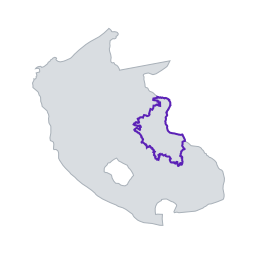 North West on a map of South Africa (orthographic projection), rotated 82°
{"feature_id": "ZAF-1201", "entity_name": "North West", "entity_type": "Province", "adm_level": 1, "iso_a3": "ZAF", "parent_name": "South Africa", "parent_adm1": "", "projection": "orthographic", "projection_center": [25.686, -26.361], "detail": "fine", "context": "in_parent", "style": "outline", "palette": "violet", "viewbox_px": 256, "rotation_deg": 82, "n_neighbors": 0, "source": "natural_earth", "source_scale": "10m", "svg_char_len": 8816}
<svg xmlns="http://www.w3.org/2000/svg" viewBox="0 0 256 256"><g transform="rotate(82 128 128)"><path d="M184.2,40.2L191.2,39.5L194.2,40.1L197.9,41.7L201.4,42.4L207.3,42.1L209.3,42.4L210.9,43.0L212.0,43.8L213.5,49.8L214.7,56.2L214.6,58.3L214.7,59.1L216.3,61.8L216.8,63.5L217.7,64.9L219.5,71.8L219.7,73.0L219.0,89.4L218.1,91.3L218.3,93.9L217.3,94.2L211.7,90.6L210.7,90.7L209.1,91.9L207.5,93.7L206.8,95.3L203.7,99.6L203.4,102.4L203.5,104.8L204.5,105.0L205.1,106.7L206.5,109.5L209.1,111.4L211.5,112.3L214.8,112.7L217.5,112.7L217.4,110.9L218.3,105.9L222.7,106.8L229.3,107.0L228.7,110.2L225.9,117.4L223.9,125.6L221.7,129.6L220.5,131.3L217.2,134.2L215.5,135.1L214.1,135.4L208.4,141.3L206.3,144.2L204.3,148.5L202.4,150.8L199.6,155.7L194.8,163.0L190.8,167.8L189.1,169.2L187.9,169.8L184.8,172.5L180.5,177.0L177.1,180.9L172.2,185.4L169.4,187.4L165.2,191.3L164.0,191.8L159.3,195.4L155.9,197.6L150.5,200.2L148.3,200.9L143.2,200.2L141.1,200.5L139.3,202.1L139.1,204.3L138.4,204.7L133.7,203.7L131.7,203.8L130.6,205.0L129.7,206.6L127.0,206.7L122.2,205.1L116.6,204.3L115.3,204.2L112.6,205.4L111.7,205.6L107.7,205.4L105.5,204.7L103.4,204.8L101.8,205.4L99.8,205.7L94.7,210.0L92.0,210.1L89.7,210.7L85.5,210.3L84.3,210.6L83.1,211.4L80.3,211.8L79.2,212.5L74.7,216.5L72.7,216.2L70.2,216.3L67.3,214.3L66.3,214.5L66.5,213.9L66.5,212.8L65.5,211.8L64.4,211.9L63.7,211.0L62.1,211.0L60.7,211.3L60.2,207.8L59.5,207.5L57.8,207.5L57.0,207.7L56.6,208.0L56.3,208.9L56.4,211.3L55.8,210.7L55.0,209.2L54.7,207.6L54.8,205.8L56.0,205.0L55.5,202.6L53.2,198.7L51.9,197.9L50.8,195.8L49.8,195.1L49.3,193.7L48.3,192.5L47.8,190.7L48.3,189.6L49.0,189.0L49.9,189.8L51.0,189.4L52.3,188.0L53.1,185.9L52.9,182.6L52.5,180.6L51.0,175.4L50.3,174.2L47.4,170.6L44.0,165.7L39.4,158.0L37.2,153.3L33.6,143.8L30.6,138.5L27.1,133.5L26.7,133.2L27.1,132.6L28.7,131.3L29.5,130.9L29.9,131.0L30.3,130.7L30.6,129.8L30.7,128.0L31.4,126.0L32.0,125.2L33.5,124.5L34.7,125.2L35.2,125.9L35.5,126.8L36.0,127.2L36.8,127.1L37.4,127.6L37.8,128.8L37.8,129.6L37.4,130.2L37.5,130.9L38.1,131.7L38.9,133.5L42.0,134.3L43.8,134.3L45.4,134.7L47.0,135.5L49.6,135.5L53.1,134.9L56.0,134.9L58.3,135.6L60.0,135.7L60.9,135.1L61.4,134.4L61.2,133.4L61.6,132.7L62.8,132.4L63.7,131.6L64.3,130.4L65.9,129.3L68.3,128.4L69.6,128.4L67.3,77.1L72.1,80.4L73.2,82.0L75.6,86.7L78.2,92.6L78.6,95.4L78.6,96.0L76.4,100.0L76.4,101.9L76.7,104.2L77.3,105.3L78.0,105.6L79.6,105.0L82.1,105.5L86.9,105.1L89.3,105.3L89.9,105.1L90.4,104.6L91.0,103.2L91.5,102.8L93.7,102.1L94.7,101.3L96.2,98.6L100.9,94.9L101.4,94.0L104.2,85.4L105.1,84.1L106.4,83.3L109.1,82.6L110.6,82.9L112.3,83.6L114.2,84.9L117.1,87.1L118.0,87.5L120.8,87.5L122.6,89.1L127.9,90.1L129.4,90.0L131.0,89.2L133.7,89.2L136.6,88.6L138.4,87.1L141.8,77.7L142.2,75.6L142.5,75.1L145.3,74.0L148.7,73.2L149.4,72.8L151.5,70.2L154.3,68.0L156.3,60.6L157.6,58.8L158.4,58.1L158.9,58.0L159.6,57.6L160.6,56.7L161.7,56.1L162.9,55.9L163.8,55.3L164.2,54.3L164.8,53.9L165.8,53.9L166.3,53.6L166.5,52.9L168.6,51.3L168.6,50.7L169.8,49.1L172.2,46.7L174.5,45.3L176.6,45.1L180.4,43.9L181.8,42.7L182.7,41.1L184.2,40.2ZM175.3,150.7L178.6,149.5L181.0,147.9L181.6,144.9L183.5,143.1L184.3,141.3L184.9,139.0L183.8,136.4L182.4,135.6L179.7,133.4L178.5,131.9L176.9,130.6L175.8,129.1L173.9,129.5L170.9,130.7L169.1,131.7L167.5,133.0L164.8,133.9L162.1,138.0L161.3,138.9L159.2,141.9L156.3,143.4L156.3,143.9L157.2,146.4L158.5,148.8L159.9,150.8L159.8,152.1L160.2,153.0L161.5,153.7L163.5,156.3L164.6,157.1L167.7,157.7L168.2,157.6L169.1,156.1L169.2,155.1L171.4,151.9L172.4,150.9L175.3,150.7Z" fill="#d9dde1" stroke="#a8b0b8" stroke-width="1"/><path d="M147.8,73.3L148.8,73.5L148.8,74.6L148.9,75.0L149.2,75.6L149.3,75.9L149.4,76.0L151.6,76.2L151.9,76.3L152.6,76.7L152.9,76.8L153.2,76.8L153.4,76.8L154.2,76.3L155.6,75.7L156.2,75.3L156.3,75.0L156.5,74.9L156.8,74.9L156.9,75.2L157.1,76.6L157.4,77.1L157.8,77.4L158.2,77.8L158.5,78.4L158.6,78.6L160.0,78.8L161.0,79.5L161.9,79.6L162.5,79.5L162.7,80.1L162.8,80.2L163.1,80.2L163.7,79.3L163.8,79.0L163.8,78.7L164.2,78.4L164.8,78.4L165.3,78.9L165.7,78.6L165.9,78.6L167.8,78.9L168.0,78.8L168.3,78.7L168.6,78.6L169.2,78.8L169.8,78.9L170.2,79.0L171.2,79.5L171.6,79.7L171.8,80.0L171.7,80.4L171.6,80.6L171.5,80.8L171.2,80.8L171.0,80.7L170.5,80.4L170.4,80.4L170.1,80.5L170.0,81.0L170.3,81.2L170.5,81.4L170.6,81.7L170.7,81.8L171.0,81.9L171.4,81.8L171.9,82.1L172.6,83.4L172.5,83.7L171.9,83.8L171.5,83.4L171.1,83.5L171.1,84.0L170.8,84.1L170.2,84.1L169.5,84.5L169.0,83.9L168.5,83.9L168.3,84.6L168.5,84.9L168.8,84.8L169.3,85.4L169.0,85.6L168.9,86.1L169.6,86.4L169.4,86.7L168.7,86.5L168.4,87.1L168.5,87.2L168.6,87.6L168.3,87.9L168.3,88.8L168.4,89.1L168.2,89.3L168.1,89.8L168.1,90.1L167.8,90.4L167.4,90.6L167.2,90.7L165.4,91.1L165.1,90.9L164.7,90.9L164.4,90.6L164.3,90.0L162.8,90.6L162.0,91.1L161.8,92.8L161.3,94.1L161.1,94.4L160.7,94.5L160.4,94.8L159.8,94.7L160.2,96.7L158.5,98.0L158.9,98.7L159.0,99.7L158.7,99.9L158.1,100.0L158.2,100.4L158.3,100.5L159.0,100.7L159.1,101.6L160.3,101.3L160.4,100.9L160.5,100.8L160.9,100.9L160.9,101.3L161.3,101.7L161.7,101.5L162.3,101.7L163.0,101.8L163.3,102.5L163.7,102.5L163.4,103.1L163.2,103.1L163.3,103.4L163.0,103.4L162.7,103.5L162.4,104.4L162.1,105.0L161.9,105.0L161.0,105.2L160.8,105.2L160.4,104.8L160.3,104.7L159.9,104.8L159.6,105.0L159.1,105.6L158.6,106.0L158.3,106.1L158.2,106.0L158.3,105.7L158.1,105.6L157.8,105.6L156.6,105.7L156.1,105.6L155.6,105.3L155.4,104.9L155.2,104.7L155.0,104.9L155.0,105.1L155.0,106.0L154.7,105.8L154.3,105.4L154.0,105.6L153.8,105.8L153.5,105.6L153.3,105.8L153.0,105.9L152.8,106.0L152.4,106.4L152.2,106.8L152.0,106.7L151.6,106.6L151.4,106.7L151.2,106.8L150.9,107.2L150.8,107.3L150.8,107.9L150.6,108.1L150.4,108.0L150.2,108.0L149.9,108.4L149.7,108.5L148.9,108.7L148.7,109.1L149.0,109.5L149.4,109.8L149.6,110.1L149.6,110.9L149.6,111.0L149.5,110.9L149.4,111.0L149.2,111.3L149.2,111.5L149.8,111.9L149.9,112.0L148.7,112.1L148.4,112.0L148.1,112.0L147.9,112.0L147.7,112.4L147.6,112.5L147.3,112.3L147.0,112.4L146.7,112.5L146.5,112.8L146.4,113.2L146.4,113.4L146.4,113.5L145.9,113.7L144.8,114.8L144.5,115.1L144.2,115.8L144.2,116.0L144.4,116.3L144.4,116.5L144.2,116.6L143.8,116.5L143.7,116.3L143.6,115.6L142.5,115.2L142.0,115.3L141.8,115.1L141.5,114.7L141.3,114.7L141.1,114.7L139.8,115.4L139.4,115.7L139.3,115.9L139.2,116.0L138.9,115.9L138.5,115.7L138.4,115.7L138.3,115.8L138.1,116.0L137.8,116.2L137.6,116.2L137.4,116.1L137.2,116.3L136.4,116.5L136.2,116.6L135.2,117.5L134.6,117.6L134.3,118.0L134.2,118.1L134.2,118.4L134.0,118.9L133.8,119.1L133.5,119.2L133.3,119.5L133.0,119.5L132.8,119.6L132.4,120.3L132.4,120.5L132.2,121.0L131.9,121.4L131.5,121.3L131.4,121.5L131.0,121.6L130.7,121.8L130.6,122.0L130.4,121.9L129.0,119.3L131.5,116.5L131.3,116.3L131.1,116.2L130.8,116.2L128.9,116.2L128.6,116.1L128.4,115.9L128.5,115.6L128.6,115.2L128.2,115.2L128.0,115.5L127.4,115.6L127.2,115.8L127.1,116.0L127.1,116.3L127.2,116.5L127.4,116.7L127.5,116.8L127.2,117.1L127.2,117.6L127.4,117.8L127.4,118.2L127.2,118.5L126.9,118.6L126.7,119.0L126.5,119.3L126.5,119.6L126.5,120.2L126.4,120.6L125.8,121.2L125.7,121.5L125.3,122.0L124.3,121.2L124.3,120.9L124.4,120.6L124.4,120.3L124.0,119.9L123.8,119.7L123.5,119.7L123.4,119.5L123.3,119.2L123.6,118.6L124.0,118.2L124.3,117.6L123.9,117.3L124.2,116.5L123.8,116.2L120.2,117.1L119.9,116.4L120.2,115.5L119.3,114.9L119.2,114.1L119.1,113.8L119.2,113.3L119.8,111.7L118.9,111.4L118.6,111.1L117.4,110.3L118.2,108.1L118.8,107.6L118.9,106.9L118.5,105.5L117.7,104.8L117.0,104.8L116.7,105.1L112.3,103.1L113.3,101.4L111.8,100.2L109.4,99.6L109.6,97.7L108.8,96.6L109.7,94.9L108.7,94.6L108.8,93.7L110.3,94.0L110.6,93.1L107.1,92.7L106.7,94.3L105.8,94.2L105.8,95.2L104.9,95.1L104.1,98.5L103.7,99.2L102.3,98.7L102.2,94.8L101.2,94.6L101.7,93.7L101.7,93.3L101.8,93.2L102.1,93.1L102.3,93.0L102.4,92.8L102.5,92.2L102.4,91.9L102.4,91.7L102.2,91.5L102.3,91.2L102.8,90.8L102.9,90.6L102.8,90.3L102.7,90.1L102.6,89.9L102.6,89.6L102.8,89.3L103.3,88.6L103.5,88.1L103.4,87.8L103.4,87.7L103.7,87.5L103.6,87.3L103.4,87.0L103.4,86.9L103.6,86.6L103.8,85.7L104.2,85.4L104.3,85.3L104.5,84.7L104.7,84.4L105.2,84.2L105.3,83.8L105.8,83.3L106.1,83.1L106.4,83.2L106.5,83.4L106.6,83.5L106.9,83.3L107.8,82.8L108.4,82.6L109.1,82.6L109.7,82.7L110.5,82.9L111.3,82.7L111.5,82.8L112.0,83.4L112.8,83.8L114.2,84.8L114.4,85.1L115.1,85.3L115.5,85.9L116.0,86.1L116.4,86.7L117.0,87.1L117.2,87.4L117.5,87.5L118.1,87.4L118.5,87.6L118.5,87.8L120.1,87.5L120.7,87.4L121.3,87.8L122.2,88.8L122.7,89.2L123.3,89.3L123.9,89.1L124.2,89.1L125.7,89.6L126.4,90.1L126.8,90.2L127.7,90.0L128.5,90.2L128.9,90.2L129.6,90.0L129.9,89.9L130.6,89.3L131.2,89.0L131.7,88.9L132.2,89.0L132.7,89.2L133.3,89.3L135.9,89.0L136.8,88.5L138.4,87.2L138.7,86.4L139.4,84.7L139.8,82.9L140.9,80.4L141.2,79.5L141.6,78.8L141.6,78.3L142.0,77.4L142.1,77.0L142.1,76.4L142.0,75.4L142.0,75.1L142.6,74.8L143.2,74.9L143.8,74.5L147.2,73.4L147.8,73.3Z" fill="none" stroke="#5b21b6" stroke-width="2"/></g></svg>